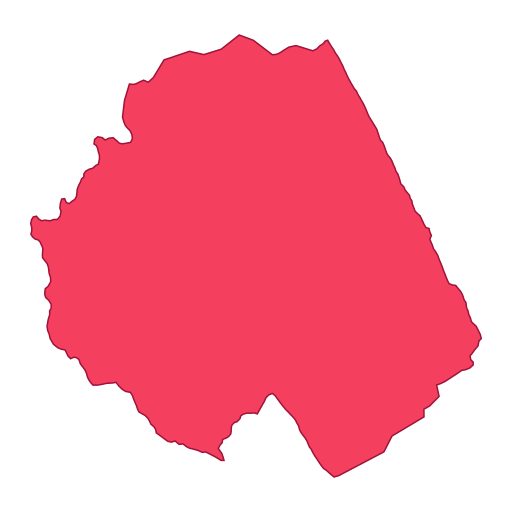 outline of Piatã, Bahia, Brazil
{"feature_id": "56859067B29072797764638", "entity_name": "Piatã", "entity_type": "district", "adm_level": 2, "iso_a3": "BRA", "parent_name": "Brazil", "parent_adm1": "Bahia", "projection": "albers", "projection_center": [-41.891, -13.042], "detail": "fine", "context": "isolated", "style": "filled", "palette": "rose", "viewbox_px": 512, "rotation_deg": 0, "n_neighbors": 0, "source": "geoboundaries", "source_scale": "gbopen_adm2", "svg_char_len": 4220}
<svg xmlns="http://www.w3.org/2000/svg" viewBox="0 0 512 512"><path d="M458.0,373.0L461.7,370.4L465.5,369.7L469.8,368.0L473.1,365.1L473.2,362.2L470.8,359.7L470.0,355.9L472.2,353.3L474.4,350.2L478.0,345.9L479.0,340.9L481.3,338.6L480.3,334.5L478.1,330.0L476.1,326.1L473.2,323.5L471.4,321.7L470.5,318.2L468.8,314.4L468.0,310.8L466.7,308.2L466.3,305.4L465.9,302.5L464.2,300.0L462.6,295.1L460.8,291.6L458.1,288.4L455.7,285.4L452.6,285.0L449.0,283.6L447.4,280.3L446.0,276.8L444.9,273.9L443.8,271.3L442.5,267.6L441.0,263.7L439.3,259.8L437.6,255.1L435.6,251.7L433.4,248.6L432.5,245.5L431.2,242.6L429.8,239.2L431.4,235.6L429.7,231.6L429.1,228.5L426.0,227.6L424.0,224.3L422.9,221.8L421.5,218.8L420.0,215.7L417.8,213.9L415.1,211.2L413.4,206.7L412.3,203.7L411.8,200.7L410.2,198.4L409.6,195.5L407.6,193.0L405.2,190.1L403.7,186.7L400.8,183.8L399.5,178.9L398.0,174.3L396.0,171.4L394.9,167.9L393.4,164.7L391.9,160.9L390.1,157.8L388.3,155.8L386.7,153.1L385.4,149.4L384.2,145.8L382.6,142.3L380.6,140.4L379.5,137.6L378.2,133.5L376.8,129.3L375.0,126.3L373.1,123.2L371.4,120.4L369.2,116.9L367.5,113.2L365.9,109.1L364.5,106.1L363.2,103.4L361.6,100.8L360.0,97.8L358.1,94.8L356.4,91.1L354.2,88.5L352.7,85.9L351.0,83.0L348.9,79.2L347.0,75.5L345.8,72.6L344.3,69.6L342.7,65.7L340.7,61.9L339.2,58.8L337.2,55.5L335.5,53.2L333.5,49.5L330.8,45.5L329.1,42.7L327.7,40.2L325.2,41.1L323.1,43.7L319.7,45.9L316.9,48.8L312.9,50.8L296.0,45.6L292.1,46.4L288.7,47.2L283.4,50.5L279.3,53.2L276.6,54.3L272.4,54.8L253.4,40.3L239.2,35.0L221.2,49.2L203.9,54.6L189.6,51.3L164.0,59.9L153.4,77.5L148.3,82.2L143.6,80.2L139.7,81.9L136.1,83.8L133.5,84.4L129.4,84.0L124.5,100.4L122.5,117.0L123.8,121.8L125.4,125.6L127.6,128.2L129.9,130.5L131.8,134.3L132.4,138.5L130.6,142.4L125.7,143.3L121.9,143.8L119.2,143.1L116.5,140.5L113.2,137.7L108.9,138.2L105.2,140.0L102.2,137.6L97.8,136.8L94.6,139.4L94.0,144.0L96.4,145.6L97.6,148.4L98.4,152.0L99.3,154.8L99.5,158.5L99.0,161.2L98.3,164.2L95.6,165.6L92.8,168.2L89.2,169.2L85.8,171.1L83.9,173.8L83.8,177.0L81.6,178.8L80.4,182.1L78.6,185.5L77.2,189.4L76.9,193.1L76.4,196.6L74.8,199.4L71.9,201.3L69.3,203.6L66.3,202.5L64.6,198.6L61.6,199.1L60.3,203.8L59.9,208.1L61.0,211.4L60.2,215.9L57.5,219.4L53.8,219.5L50.0,220.8L45.2,220.2L41.4,220.7L38.6,218.9L36.4,216.2L33.3,216.9L31.6,219.6L30.7,223.5L31.7,227.5L31.8,230.6L30.9,234.3L32.6,236.9L35.0,239.0L38.2,240.0L40.1,242.0L42.9,248.3L42.4,254.9L42.6,257.8L44.2,259.8L47.2,263.7L48.4,267.2L48.8,270.5L49.2,273.7L50.5,277.5L50.7,281.7L48.0,286.5L45.3,288.6L44.9,291.3L44.8,294.5L45.7,297.5L48.7,300.3L51.1,304.1L51.2,308.2L49.6,310.8L49.7,314.6L48.3,319.1L47.0,326.2L47.7,330.6L49.1,333.9L50.2,338.7L53.6,344.4L57.9,347.8L60.9,349.1L65.1,350.0L68.1,356.2L70.6,358.7L73.6,357.3L76.5,357.6L78.9,359.5L80.4,363.9L82.7,366.9L85.1,370.2L86.6,373.7L87.4,376.8L88.7,379.7L90.5,382.3L92.9,385.1L97.4,385.1L101.7,384.4L106.7,383.3L110.6,383.1L113.1,382.9L116.1,382.4L118.9,386.1L122.3,389.4L125.6,391.4L130.4,392.4L132.5,395.7L133.5,398.8L134.8,401.9L136.5,405.8L137.6,409.3L138.9,411.8L141.6,413.5L144.9,415.3L148.0,418.4L149.6,421.3L150.9,424.2L153.9,426.7L155.6,429.3L156.3,432.9L159.4,435.1L163.8,438.4L167.9,441.4L171.6,442.1L175.1,441.0L179.1,444.4L183.0,443.9L186.4,446.6L189.5,448.2L193.7,449.2L198.2,450.5L202.2,452.3L205.8,452.0L210.9,454.6L214.6,456.5L217.4,458.1L221.0,460.4L224.0,460.4L223.1,457.1L221.8,453.4L220.2,451.2L218.3,448.4L219.9,445.3L222.1,442.8L222.7,439.4L226.1,438.1L228.6,436.6L230.8,433.9L231.2,431.2L231.2,428.3L231.9,425.1L234.3,422.6L237.1,421.7L239.9,418.8L240.8,415.9L243.1,414.2L246.7,413.2L250.8,413.2L254.0,412.9L257.3,413.9L259.4,410.1L261.0,407.2L262.4,404.7L264.3,401.5L265.8,398.0L268.5,395.1L272.3,393.4L275.3,395.8L277.9,399.5L280.7,403.3L283.0,406.2L285.5,409.3L288.3,412.1L290.7,414.7L293.2,417.2L295.3,419.8L296.8,422.8L298.5,425.7L299.5,429.6L300.9,432.3L302.9,435.1L305.3,438.2L306.9,440.9L308.1,443.9L309.5,447.1L311.1,449.1L312.7,452.3L314.6,455.6L317.0,459.1L319.7,463.3L321.7,466.1L323.5,468.4L326.2,470.2L329.5,473.2L334.0,477.0L338.8,475.6L383.9,451.9L386.9,446.1L392.0,436.0L424.0,416.9L423.9,409.2L429.8,405.9L431.8,403.8L439.1,396.4L436.6,385.0L440.6,383.6L445.3,381.3L458.0,373.0Z" fill="#f43f5e" stroke="#9f1239" stroke-width="1.5"/></svg>